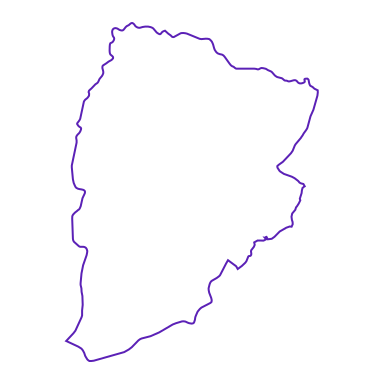 map outline of Chaiyaphum (orthographic projection)
{"feature_id": "THA-437", "entity_name": "Chaiyaphum", "entity_type": "Province", "adm_level": 1, "iso_a3": "THA", "parent_name": "Thailand", "parent_adm1": "", "projection": "orthographic", "projection_center": [101.826, 15.959], "detail": "fine", "context": "isolated", "style": "outline", "palette": "violet", "viewbox_px": 384, "rotation_deg": 0, "n_neighbors": 0, "source": "natural_earth", "source_scale": "10m", "svg_char_len": 5007}
<svg xmlns="http://www.w3.org/2000/svg" viewBox="0 0 384 384"><path d="M291.6,226.7L289.7,226.5L286.3,227.7L279.7,231.5L274.5,236.8L271.7,238.8L267.8,239.3L266.1,236.2L266.1,237.0L266.0,237.6L265.6,237.8L264.8,237.7L266.1,239.3L263.6,240.6L257.6,240.5L254.2,242.4L254.7,244.8L253.9,246.8L251.2,250.3L251.0,251.3L251.3,253.7L251.2,254.8L250.5,255.8L249.6,256.0L248.8,256.1L248.3,256.5L246.4,261.2L245.3,262.7L241.8,266.0L237.7,269.0L236.2,266.3L228.0,260.2L226.1,263.5L220.1,275.1L219.7,275.6L219.0,276.3L216.7,278.0L212.0,280.7L211.0,281.5L210.2,282.8L209.6,284.3L208.6,288.3L208.7,290.2L209.2,292.7L211.2,297.9L211.6,299.6L211.7,300.4L211.6,301.3L211.4,302.1L210.3,303.0L201.4,307.6L199.8,309.0L197.9,311.3L197.5,311.9L195.9,315.6L195.3,317.2L194.9,319.9L194.1,322.3L193.7,322.9L192.9,323.4L191.6,323.6L189.2,323.2L187.8,322.7L185.5,321.6L185.0,321.5L183.6,321.3L182.0,321.4L176.0,323.2L172.7,324.5L159.2,332.4L150.5,336.2L141.6,338.5L140.2,339.1L138.4,340.4L131.8,347.2L128.8,349.5L124.2,352.1L93.8,360.7L91.3,361.0L89.4,361.0L88.4,360.4L87.3,359.4L85.4,356.3L85.0,355.3L84.5,353.8L84.2,352.9L83.5,351.6L82.8,350.3L81.4,348.6L78.2,346.6L66.2,341.0L73.4,333.3L75.4,330.7L81.5,317.4L82.1,315.5L82.1,310.4L82.7,304.9L82.4,296.0L81.6,291.9L81.4,288.3L80.6,284.9L80.6,283.1L81.5,273.4L83.1,265.3L86.6,255.2L87.1,252.7L87.3,251.0L87.0,250.1L86.8,249.3L86.4,248.6L86.0,248.0L85.4,247.5L84.8,247.2L84.0,246.9L83.1,246.8L80.3,246.8L79.6,246.6L78.9,246.2L74.0,241.8L73.6,241.2L73.3,240.5L73.1,239.9L72.9,238.6L72.2,218.7L72.3,216.2L72.7,215.3L73.1,214.6L74.1,213.5L75.2,212.4L76.9,211.1L78.0,210.1L79.2,209.3L79.9,208.1L80.7,206.2L82.5,198.2L84.8,193.3L85.0,192.1L84.9,191.2L84.4,190.6L83.8,190.1L83.1,189.8L81.4,189.4L79.5,189.1L77.9,188.7L77.2,188.3L76.5,188.0L76.0,187.5L75.5,186.9L74.8,185.5L73.7,182.9L72.9,179.2L71.8,167.4L71.8,165.5L76.6,142.6L76.6,140.4L76.2,138.1L76.2,137.1L76.5,136.2L77.3,135.0L77.8,134.4L78.9,133.4L79.5,132.6L80.2,131.5L81.0,129.5L81.1,128.4L80.7,127.6L79.4,126.8L78.6,126.1L78.1,125.5L77.7,124.9L77.1,123.9L77.3,123.2L77.7,122.6L78.6,121.5L79.5,120.2L80.2,118.8L83.9,101.6L84.3,100.9L85.2,99.7L87.0,98.3L87.6,97.7L88.2,96.9L89.0,95.7L89.1,94.5L89.1,93.4L88.6,92.1L88.8,91.3L89.1,90.6L90.1,89.6L91.3,88.6L95.4,84.3L97.2,83.1L97.8,82.5L98.3,81.7L99.4,79.2L99.9,78.5L100.8,77.4L101.9,76.1L102.5,75.1L103.2,73.5L103.3,72.3L103.2,71.2L102.4,68.1L102.4,66.9L102.6,66.0L103.1,65.4L103.7,65.0L106.2,63.4L108.6,61.6L111.5,60.0L112.1,59.4L113.0,58.4L113.1,57.5L112.9,56.8L112.4,56.2L110.4,54.5L110.2,54.1L109.8,52.9L109.6,50.9L109.7,46.5L109.9,44.5L110.3,43.3L110.6,43.1L112.1,42.4L113.0,41.6L114.0,39.8L114.2,38.6L114.0,37.7L113.1,36.4L112.7,35.5L112.4,34.3L112.1,31.9L112.3,30.6L112.7,29.6L113.2,29.0L113.7,28.6L114.4,28.3L115.2,28.1L116.1,28.2L116.9,28.4L117.6,28.7L119.5,29.9L121.1,30.4L122.0,30.5L122.8,30.3L123.4,29.9L123.9,29.4L125.6,27.2L126.2,26.6L126.8,26.1L128.8,25.1L130.5,23.6L131.2,23.2L131.9,23.0L132.6,23.1L133.2,23.5L133.8,24.0L134.3,24.5L135.1,25.7L135.6,26.3L136.2,26.7L136.8,27.1L137.6,27.5L138.4,27.7L139.3,27.8L140.2,27.7L142.6,27.0L145.2,26.6L148.1,26.6L150.6,27.1L152.1,27.7L152.8,28.1L153.4,28.6L156.7,32.5L158.0,33.4L159.3,34.1L160.0,34.2L160.6,33.9L161.1,33.4L162.0,32.2L163.3,31.3L165.0,30.7L168.3,33.7L170.6,35.3L172.1,36.8L173.1,37.1L173.9,37.0L180.6,33.3L181.4,33.1L183.2,33.0L185.1,33.2L186.9,33.6L199.6,38.8L201.4,39.1L205.9,38.7L207.8,38.8L208.7,39.0L209.5,39.2L210.1,39.8L210.8,40.4L211.8,41.6L212.4,42.8L213.1,44.5L214.0,47.8L214.7,49.8L216.1,51.9L217.0,52.8L217.8,53.4L219.6,54.1L222.0,54.6L222.7,55.0L223.5,55.5L224.8,57.0L229.6,63.7L230.9,65.3L232.1,66.2L233.6,66.8L234.9,67.9L235.8,68.5L236.8,68.7L254.4,68.7L256.1,68.9L257.4,69.3L257.9,69.3L258.5,69.3L258.7,69.2L259.1,69.1L260.1,68.5L260.8,68.2L261.6,68.0L263.3,68.2L265.8,68.8L266.5,69.2L267.9,70.1L270.7,71.3L271.4,71.7L272.0,72.2L274.7,75.3L275.4,75.9L276.7,76.8L277.4,77.1L281.7,78.2L282.4,78.6L284.5,80.4L285.3,80.6L286.0,80.6L286.6,80.7L287.3,80.9L287.9,81.2L288.6,81.4L289.4,81.4L290.8,81.1L293.6,80.3L294.4,80.2L295.2,80.2L295.8,80.4L296.5,80.8L297.1,81.4L297.9,82.4L298.6,82.9L299.4,83.3L300.1,83.4L300.9,83.4L301.8,83.3L303.1,82.9L303.7,82.6L304.3,82.3L304.7,81.8L304.8,81.2L304.4,79.7L304.6,79.1L305.1,78.8L305.8,78.7L306.5,78.7L307.2,78.6L307.9,79.0L308.6,79.9L309.1,82.8L309.5,84.2L310.0,85.3L310.4,85.8L312.6,87.0L314.2,88.5L314.8,88.9L317.7,90.3L317.8,92.4L317.4,95.7L313.4,109.8L310.5,116.3L307.5,127.4L307.1,128.5L305.9,130.4L303.7,133.4L302.6,135.4L301.3,137.2L300.9,137.9L295.6,144.2L294.8,145.5L292.7,150.7L291.0,153.2L282.9,161.8L278.7,164.8L277.3,166.1L277.3,166.7L277.5,167.7L279.4,170.7L280.2,171.5L283.9,173.9L291.8,176.7L294.6,178.2L298.1,180.9L299.0,181.9L299.3,182.4L299.5,182.5L300.2,183.0L300.8,183.3L303.4,184.0L304.7,186.3L304.0,186.7L302.5,188.0L301.9,190.4L301.6,193.1L299.8,198.8L300.3,200.3L298.8,203.4L296.9,206.4L296.0,207.4L295.3,209.8L292.2,213.5L291.5,216.7L291.9,219.8L292.6,222.1L292.7,224.2L291.6,226.7Z" fill="none" stroke="#5b21b6" stroke-width="2"/></svg>